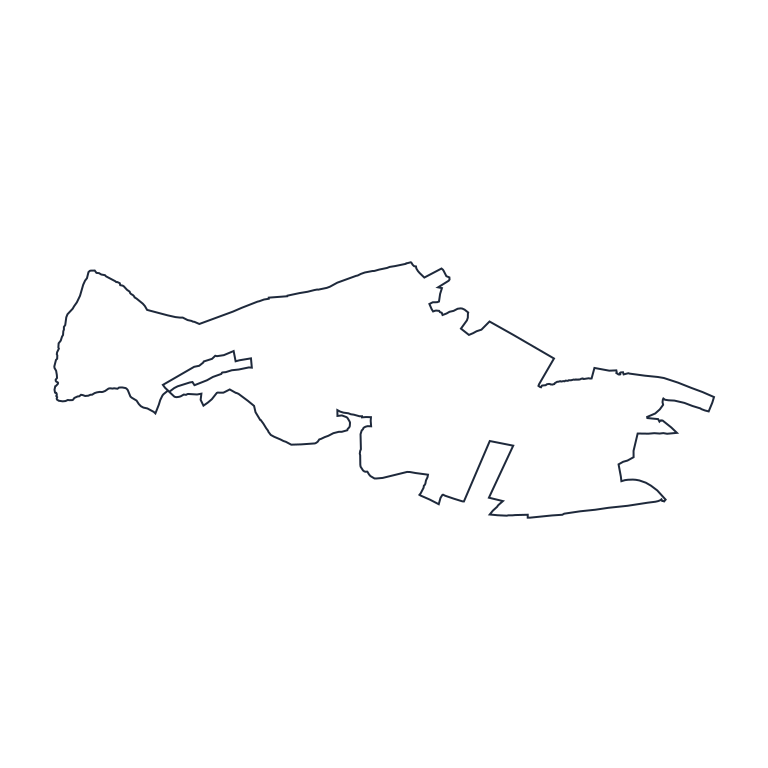 Dumesti, Iasi, Romania (orthographic projection), rotated 94°
{"feature_id": "2599482B70214300511260", "entity_name": "Dumesti", "entity_type": "district", "adm_level": 2, "iso_a3": "ROU", "parent_name": "Romania", "parent_adm1": "Iasi", "projection": "orthographic", "projection_center": [27.344, 47.173], "detail": "fine", "context": "isolated", "style": "outline", "palette": "slate", "viewbox_px": 768, "rotation_deg": 94, "n_neighbors": 0, "source": "geoboundaries", "source_scale": "gbopen_adm2", "svg_char_len": 6144}
<svg xmlns="http://www.w3.org/2000/svg" viewBox="0 0 768 768"><g transform="rotate(94 384 384)"><path d="M414.9,512.1L421.1,510.2L428.5,505.0L428.5,504.5L431.9,501.6L436.4,498.4L438.7,496.4L439.6,496.1L442.7,493.4L444.3,489.9L446.6,483.3L447.9,480.3L448.5,477.9L451.0,472.3L450.0,462.4L448.1,448.8L447.4,447.5L446.2,446.1L443.8,444.7L443.2,443.1L441.1,439.4L439.6,436.0L436.6,431.1L434.8,425.6L434.6,422.7L432.7,417.4L431.4,417.1L429.6,415.6L428.4,415.2L425.0,415.2L423.8,415.7L420.5,418.0L419.7,419.0L418.3,423.8L419.1,428.2L413.3,428.7L414.6,425.8L415.4,422.4L415.7,417.5L416.5,415.0L416.7,412.0L417.9,406.1L417.7,403.7L418.8,403.6L418.2,399.6L418.0,394.7L421.7,394.7L427.1,393.9L427.2,397.4L427.8,399.2L428.5,400.5L429.3,401.4L430.7,401.9L431.9,403.0L435.7,403.9L450.7,402.5L452.5,403.1L455.2,403.3L456.7,402.8L466.2,402.0L468.1,401.6L471.7,398.9L472.6,397.5L472.8,396.4L472.6,394.5L475.3,392.6L476.8,391.1L478.9,386.9L478.7,384.5L477.8,378.8L470.1,354.8L470.0,351.9L470.6,346.4L471.4,333.8L474.0,334.1L477.3,335.4L480.6,335.8L481.8,336.3L482.6,337.1L484.8,337.3L490.5,339.8L492.1,340.9L492.7,339.8L496.1,330.3L500.1,321.0L493.7,319.7L490.7,318.1L490.3,317.4L491.2,315.2L493.5,306.5L495.6,297.6L495.6,296.1L433.5,274.5L436.5,250.8L490.1,271.4L492.5,257.2L495.9,260.6L497.3,261.9L498.5,262.5L502.8,266.6L506.8,269.4L507.0,261.5L506.8,252.3L506.3,250.7L506.1,247.0L505.6,244.0L504.4,231.5L507.3,231.3L507.1,228.7L503.4,207.2L502.0,197.0L500.8,195.2L497.3,179.4L494.7,164.5L491.8,151.3L488.5,132.5L484.0,112.6L482.5,105.0L481.7,102.4L480.8,100.5L479.7,99.2L481.3,98.3L481.2,97.4L481.6,96.4L479.7,95.0L471.1,104.0L466.8,110.6L464.2,115.9L462.4,122.5L462.0,126.1L462.0,129.1L462.5,133.9L463.1,136.9L464.4,140.4L459.7,141.3L447.8,144.4L444.9,140.0L443.4,135.8L439.6,129.9L433.3,130.4L415.7,127.5L415.1,116.7L414.2,110.9L414.2,105.6L413.5,101.9L413.9,98.1L412.3,88.4L407.3,94.4L401.1,103.4L400.9,104.4L401.3,104.9L401.1,105.6L402.3,106.6L399.9,108.1L399.6,118.9L398.5,119.2L394.5,111.4L390.1,107.1L385.3,104.1L382.7,104.9L379.9,104.7L379.0,104.3L380.1,102.6L380.4,99.1L380.3,93.1L381.9,83.0L384.4,74.8L386.3,66.6L386.9,65.7L388.0,62.0L388.7,58.2L379.7,55.2L374.0,53.9L369.8,65.7L366.5,77.0L362.1,90.9L358.5,105.2L357.9,111.3L357.5,124.4L356.5,139.8L356.2,141.0L357.7,145.6L355.6,146.4L356.0,148.8L356.7,149.5L357.8,149.0L358.1,149.3L358.1,150.2L358.1,150.8L356.8,153.0L355.9,152.7L354.2,153.2L355.0,160.2L353.3,175.2L364.0,177.3L364.2,178.8L364.0,180.2L365.1,185.1L365.0,185.8L364.6,186.1L365.0,187.6L365.5,188.3L366.1,190.0L365.9,190.7L366.3,191.8L366.0,192.8L366.5,193.8L366.3,194.9L367.2,197.6L367.4,200.0L368.0,200.8L368.0,203.2L368.7,204.0L368.6,205.1L369.2,207.5L368.9,208.4L369.6,210.3L369.7,211.4L371.3,213.7L372.2,214.1L372.4,215.0L372.8,215.7L372.8,217.9L372.5,218.3L372.4,219.4L372.7,220.7L372.9,221.5L373.9,222.6L374.5,226.1L374.8,226.5L376.3,227.1L376.1,228.1L375.1,229.8L373.4,229.3L346.7,216.2L325.9,258.6L314.3,283.1L323.0,290.6L324.9,295.3L327.1,298.7L329.1,302.7L323.4,311.1L314.7,305.7L312.0,305.0L308.1,305.2L306.8,305.0L304.2,308.8L303.3,311.2L303.2,312.8L303.8,315.8L306.2,319.7L307.4,323.7L309.3,326.5L311.1,330.4L308.9,331.4L308.4,333.2L307.2,334.1L307.1,337.0L307.3,338.0L308.2,340.1L306.0,341.7L301.0,344.3L299.1,341.1L298.7,336.7L297.9,334.9L290.2,334.3L284.3,332.9L283.8,336.8L276.5,326.7L275.2,325.9L273.1,326.2L272.1,329.3L266.8,332.5L265.9,333.2L264.8,334.7L275.0,351.2L270.8,356.2L269.0,358.0L266.5,359.8L264.5,360.3L264.4,362.0L264.2,362.4L263.1,363.7L261.0,365.2L260.7,365.8L261.9,369.3L262.0,370.2L262.6,370.6L265.6,381.2L266.8,386.5L268.0,389.0L270.2,396.8L271.9,401.5L272.1,403.4L274.1,410.9L275.8,414.8L277.6,417.8L278.1,419.5L286.2,437.7L290.7,444.7L292.1,447.8L294.5,456.3L294.4,457.2L295.2,460.2L297.3,466.6L299.2,474.6L302.6,486.5L303.2,486.6L305.9,505.0L307.0,504.9L308.1,509.6L310.1,514.1L310.7,516.0L317.9,531.2L322.3,539.7L337.0,572.4L335.2,577.5L335.1,579.0L334.5,580.4L333.9,584.4L331.8,589.4L332.0,591.8L331.8,596.7L330.6,604.6L326.6,625.5L322.9,628.0L320.7,630.2L316.0,636.9L315.0,638.9L314.2,639.2L313.0,640.4L311.8,642.7L311.1,643.5L309.6,644.2L308.0,646.9L304.7,650.4L304.1,651.6L303.8,654.0L301.9,654.6L300.9,657.1L301.0,658.2L300.2,659.3L296.0,668.8L294.9,670.0L294.5,673.7L293.3,676.0L293.2,678.6L291.0,680.5L291.4,684.7L291.7,685.4L293.0,686.6L299.2,687.7L301.7,689.4L306.0,691.0L317.2,693.4L324.0,696.1L328.1,698.6L330.6,699.8L336.5,704.6L339.6,705.6L347.4,706.1L349.4,707.3L352.1,707.1L353.7,707.6L357.5,707.6L359.2,708.5L363.3,709.5L366.1,711.4L370.2,711.4L371.4,710.8L375.1,712.3L377.1,712.5L378.2,711.9L381.6,711.8L382.9,712.9L389.4,714.1L391.0,713.8L393.7,712.0L397.8,711.0L400.8,710.6L402.6,711.8L403.7,711.7L404.4,711.2L405.2,709.5L405.7,709.2L406.7,709.4L408.9,711.2L409.2,711.8L412.7,712.3L415.4,711.6L415.8,711.2L415.7,710.4L416.5,709.9L417.9,709.6L418.8,710.1L419.9,709.1L421.2,709.5L422.3,709.2L423.4,707.3L423.7,703.3L423.2,700.5L422.0,698.3L422.1,696.7L421.8,693.8L421.4,693.1L419.5,691.9L417.8,688.8L417.5,687.1L415.9,685.5L416.1,683.7L416.8,681.3L416.3,678.2L415.2,676.1L415.0,674.4L413.3,672.1L412.4,669.9L411.7,667.0L411.7,664.9L411.4,663.8L410.4,661.7L407.8,658.5L407.4,657.0L407.5,654.3L407.1,653.0L407.3,649.5L406.0,648.0L405.7,644.9L406.1,641.4L406.8,640.3L407.9,639.2L414.2,636.1L415.2,634.8L417.8,629.7L421.1,627.2L423.1,625.0L424.3,622.4L424.9,618.3L427.9,611.7L429.3,610.0L420.4,607.2L415.6,606.1L410.9,604.2L409.6,603.3L405.6,599.0L403.0,602.2L400.3,604.5L380.1,574.6L378.7,569.6L375.2,565.8L374.1,565.4L370.9,557.3L367.6,554.3L367.9,552.6L366.4,545.8L361.6,536.3L371.7,533.6L370.4,529.8L367.7,518.5L376.9,517.0L376.9,520.0L379.7,530.0L380.9,536.8L383.2,542.7L383.7,545.7L384.0,546.4L385.3,547.0L388.9,555.2L392.6,560.8L398.3,572.7L398.4,573.0L395.4,575.2L396.0,577.8L400.7,589.7L402.7,593.0L406.8,597.7L411.2,592.3L411.5,591.4L411.6,590.0L411.1,587.6L410.5,586.0L408.5,583.0L408.6,580.7L407.8,579.4L407.6,578.7L407.5,569.7L406.4,565.5L412.6,565.8L418.2,562.6L414.9,558.5L411.2,554.7L404.6,550.2L404.2,549.4L403.9,543.9L403.5,543.0L400.2,537.5L403.2,531.2L403.2,530.6L404.0,528.4L410.3,518.6L414.9,512.1Z" fill="none" stroke="#1e293b" stroke-width="2"/></g></svg>